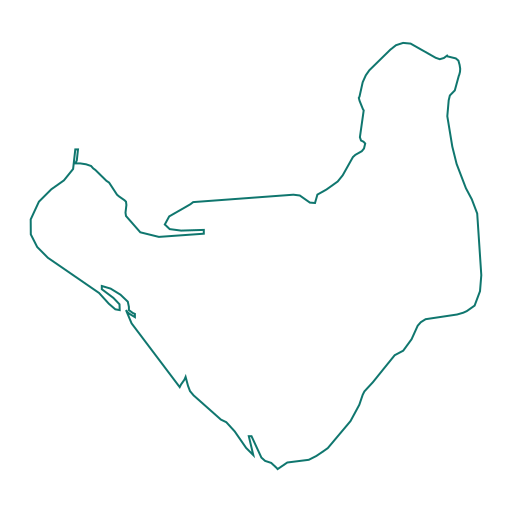 the border of Chinandega
{"feature_id": "NIC-663", "entity_name": "Chinandega", "entity_type": "Department", "adm_level": 1, "iso_a3": "NIC", "parent_name": "Nicaragua", "parent_adm1": "", "projection": "natural_earth1", "projection_center": [-87.139, 12.876], "detail": "fine", "context": "isolated", "style": "outline", "palette": "teal", "viewbox_px": 512, "rotation_deg": 0, "n_neighbors": 0, "source": "natural_earth", "source_scale": "10m", "svg_char_len": 1872}
<svg xmlns="http://www.w3.org/2000/svg" viewBox="0 0 512 512"><path d="M439.8,59.2L443.9,58.0L447.1,55.6L447.6,56.4L455.8,58.4L458.4,60.6L459.6,64.9L460.2,68.8L460.0,71.8L459.3,74.6L458.8,75.8L454.8,90.4L450.2,95.1L449.8,95.7L448.7,100.3L447.3,116.2L452.3,146.6L456.6,163.9L465.9,188.2L471.8,199.3L477.2,213.5L481.3,275.2L480.0,291.2L474.6,305.6L466.8,311.1L463.3,312.7L457.1,314.5L425.6,319.2L420.8,322.2L417.7,325.7L411.6,339.2L403.2,350.7L394.7,355.2L384.0,368.4L372.9,382.2L364.4,391.4L362.7,394.8L359.3,404.8L350.5,421.1L327.8,448.1L323.7,451.0L316.3,456.0L308.8,459.8L287.3,462.5L277.6,469.1L276.8,468.1L271.2,462.9L265.1,460.9L261.4,457.6L251.5,436.2L248.8,436.2L253.3,455.1L246.1,447.9L234.7,431.4L226.3,422.2L220.9,419.6L193.6,395.4L190.0,391.1L188.0,385.8L185.6,376.9L184.4,379.7L181.0,384.5L179.7,387.1L131.6,323.4L126.0,310.1L127.8,312.5L129.6,313.9L134.9,317.1L134.9,313.9L132.8,313.0L128.9,310.1L128.9,306.9L127.8,301.7L120.5,294.7L110.6,288.6L101.8,286.0L101.8,289.2L113.4,297.9L119.5,304.3L119.7,310.1L115.3,309.3L108.8,303.7L99.1,293.0L47.9,257.8L37.2,247.0L30.8,234.4L30.7,219.4L38.9,201.7L51.3,189.3L63.9,180.4L73.1,169.0L75.3,149.4L78.0,149.4L76.8,160.4L75.3,163.4L80.2,163.4L86.1,164.3L91.1,166.0L93.2,168.4L95.3,169.9L106.4,180.8L109.1,182.6L117.0,194.7L119.0,196.4L124.6,200.3L126.0,201.7L126.4,205.0L125.5,212.7L126.0,216.0L140.3,232.3L158.9,236.9L203.8,233.7L203.8,229.9L181.1,230.6L169.7,229.1L164.8,224.5L169.2,216.4L190.3,204.3L193.2,202.1L293.4,194.7L299.8,195.5L309.9,202.6L315.0,203.0L317.4,194.6L326.5,189.5L337.7,181.5L342.7,175.3L352.9,157.1L355.4,154.8L361.8,151.2L364.0,148.5L365.2,143.5L363.5,141.7L361.0,140.5L359.9,137.2L363.7,110.4L362.9,109.1L359.6,100.9L358.8,97.9L359.5,96.6L362.7,82.2L365.8,75.3L369.3,70.3L390.3,49.7L396.0,45.2L403.1,42.9L410.6,43.6L435.7,57.8L439.8,59.2Z" fill="none" stroke="#0f766e" stroke-width="2"/></svg>